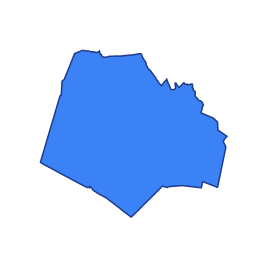 outline of Sabareni, Giurgiu, Romania, rotated 165°
{"feature_id": "2599482B37773759614218", "entity_name": "Sabareni", "entity_type": "district", "adm_level": 2, "iso_a3": "ROU", "parent_name": "Romania", "parent_adm1": "Giurgiu", "projection": "natural_earth1", "projection_center": [25.872, 44.513], "detail": "fine", "context": "isolated", "style": "filled", "palette": "blue", "viewbox_px": 256, "rotation_deg": 165, "n_neighbors": 0, "source": "geoboundaries", "source_scale": "gbopen_adm2", "svg_char_len": 5632}
<svg xmlns="http://www.w3.org/2000/svg" viewBox="0 0 256 256"><g transform="rotate(165 128 128)"><path d="M160.1,213.9L161.1,212.6L165.1,207.3L167.4,204.2L169.9,200.8L170.6,199.9L177.2,191.2L177.6,191.2L179.5,190.4L184.0,177.0L185.0,177.0L187.9,172.5L190.2,168.7L195.5,160.0L199.6,153.3L204.3,145.7L206.8,141.6L211.2,134.3L221.4,117.7L221.1,117.0L217.8,113.6L216.9,112.8L216.0,112.0L214.6,110.7L213.7,109.9L212.0,108.2L210.4,106.8L206.4,102.9L202.2,99.0L192.2,89.6L186.0,83.9L182.7,81.0L182.1,80.9L181.3,81.0L181.0,80.9L180.8,80.4L179.8,81.4L179.5,81.1L178.9,79.6L178.6,79.1L177.9,77.4L177.5,76.7L176.6,75.5L176.1,75.1L175.9,74.8L174.4,73.1L173.9,72.6L173.7,72.3L173.3,71.8L172.8,71.5L172.2,70.8L171.8,70.6L171.6,70.4L169.0,67.8L166.4,65.5L166.3,65.2L165.9,64.5L164.7,62.9L162.6,60.3L160.1,56.9L157.8,54.1L154.9,50.0L148.1,41.2L147.7,41.2L142.7,44.1L141.8,44.5L136.8,47.4L134.8,48.6L132.4,50.0L115.7,59.5L110.9,62.3L109.7,63.0L109.4,63.1L109.1,62.9L108.8,62.5L108.3,62.0L107.5,61.4L107.1,61.2L106.4,60.9L106.0,60.9L105.7,60.7L105.7,60.8L105.1,60.7L103.9,60.7L103.2,60.6L102.3,60.5L101.7,60.4L101.4,60.4L98.4,59.8L98.2,59.8L97.6,59.7L96.2,59.5L96.2,59.4L95.9,59.4L95.7,59.3L95.1,59.2L92.5,58.7L91.9,58.6L90.9,58.5L72.7,51.3L69.8,56.7L69.6,56.8L62.5,51.6L61.4,50.8L57.2,47.7L56.8,47.6L42.8,75.5L42.4,76.3L40.0,81.1L39.5,82.2L39.4,82.2L39.3,82.4L38.6,83.8L38.5,84.7L38.5,84.8L39.4,89.8L39.4,90.2L39.3,90.5L39.2,90.7L38.9,91.0L38.6,91.3L37.7,92.2L36.4,93.1L35.2,94.1L35.1,94.3L34.9,94.3L34.6,94.4L35.0,94.8L36.6,96.8L38.8,99.3L39.7,100.4L41.7,102.7L41.4,104.2L41.0,105.9L40.7,107.1L40.4,109.0L40.2,109.8L40.1,110.2L40.1,110.7L40.3,111.1L40.4,111.4L40.8,111.9L41.4,112.8L42.5,114.7L42.8,115.2L43.2,115.6L43.7,116.1L44.6,116.7L46.3,118.1L48.3,119.6L53.3,123.5L53.4,123.8L53.3,124.4L53.0,124.8L52.7,125.2L52.6,125.6L52.1,126.3L51.6,126.9L51.4,127.4L51.3,127.7L51.2,128.5L50.8,128.9L50.3,129.4L50.0,129.9L49.7,130.2L49.5,130.3L49.3,130.5L49.4,131.1L49.4,131.3L49.5,131.9L49.6,132.7L49.6,133.3L49.7,133.8L49.8,134.0L50.2,134.5L50.4,134.7L50.6,135.0L50.8,135.3L51.0,135.5L51.3,135.6L51.8,135.8L52.5,136.3L52.8,136.9L52.9,137.1L53.0,137.4L53.0,137.9L53.1,138.3L53.2,138.6L53.4,138.8L53.8,139.1L54.1,139.2L54.3,139.4L54.4,139.6L54.4,140.3L54.4,140.6L54.4,140.9L54.6,141.2L54.9,141.6L55.1,141.7L55.1,141.8L55.0,142.0L54.7,142.4L54.3,143.3L54.2,143.6L54.1,144.0L54.1,144.3L54.0,144.7L53.8,145.3L53.7,145.6L53.8,146.0L54.0,146.5L54.5,147.0L54.9,147.4L55.3,148.0L55.3,148.3L55.3,148.5L55.2,148.7L54.9,149.0L54.8,149.4L54.9,149.6L55.1,149.9L55.2,150.4L55.3,150.5L55.2,150.7L55.0,151.2L54.9,151.5L54.8,152.0L54.6,152.6L54.5,152.9L54.5,153.2L54.5,153.4L54.5,153.6L54.6,153.8L54.9,154.0L55.1,154.1L55.3,154.1L55.6,154.1L55.9,154.1L56.3,154.1L56.7,154.0L57.0,154.1L57.3,154.2L58.2,154.1L58.7,154.3L58.8,154.3L59.0,154.4L59.2,154.5L59.4,155.0L59.6,155.1L59.8,155.1L60.2,155.1L60.5,155.1L61.0,155.2L61.6,155.5L61.8,155.7L61.9,156.0L62.0,156.4L62.3,157.3L68.0,153.9L68.3,154.4L68.5,154.7L68.9,155.1L69.1,155.4L69.3,156.3L69.5,157.1L69.7,157.6L69.8,158.2L69.8,158.4L70.2,158.9L70.3,159.1L70.5,159.1L70.9,159.1L71.0,158.9L71.1,158.7L71.2,158.4L71.2,157.6L71.2,157.0L71.4,155.9L71.7,154.6L71.8,154.3L72.0,154.0L72.4,153.7L72.8,153.5L73.8,153.3L74.3,153.3L74.6,153.4L75.2,153.5L75.7,153.8L76.5,154.1L76.7,155.1L76.8,155.9L77.1,158.2L77.2,158.8L77.3,159.5L77.5,160.1L77.6,161.0L77.9,163.1L77.9,163.4L78.0,165.1L85.0,160.2L85.5,161.5L85.8,162.1L86.1,162.6L86.4,163.2L86.6,163.8L86.8,164.5L87.1,165.6L87.2,166.0L87.9,167.2L88.2,168.0L88.2,168.4L88.2,168.8L88.2,169.2L88.4,169.6L88.5,169.8L88.9,170.6L89.1,171.4L89.4,172.3L89.7,172.9L89.9,173.3L90.2,174.4L90.3,174.6L90.5,174.9L90.7,175.2L90.8,175.5L90.9,176.0L91.0,176.3L91.2,176.6L91.3,177.1L91.6,177.5L91.7,178.2L91.8,178.4L91.9,178.5L92.1,178.7L92.7,179.2L92.8,179.3L93.0,179.8L93.1,180.0L93.1,180.4L93.3,181.1L93.5,181.6L93.5,181.9L93.5,182.1L93.5,182.3L93.6,182.6L93.7,182.9L94.0,183.8L94.0,184.0L94.0,184.3L94.0,184.6L93.8,185.6L93.8,185.8L93.9,186.5L93.9,186.8L93.9,187.1L94.4,188.6L94.8,189.5L95.0,190.3L95.4,191.5L95.5,192.0L95.6,192.6L95.8,193.4L96.0,196.0L96.4,196.4L96.6,196.5L96.9,196.6L97.6,196.8L98.4,196.9L99.4,197.0L100.5,197.0L101.3,197.1L102.4,197.2L102.7,197.2L103.0,197.2L103.4,197.4L103.6,197.4L104.2,197.3L104.4,197.3L105.5,197.5L106.0,197.6L106.4,197.8L107.0,197.9L107.9,198.0L109.1,198.3L111.1,198.5L112.2,198.8L113.1,198.9L113.7,199.0L114.4,199.0L114.8,199.1L115.2,199.2L115.8,199.3L116.4,199.4L117.4,199.6L118.4,199.9L119.0,200.0L119.3,200.1L120.0,200.4L120.6,200.6L121.8,200.7L122.1,200.8L122.4,200.9L123.0,201.0L123.7,201.1L124.5,201.4L124.8,201.5L125.1,201.5L125.5,201.5L126.0,201.7L126.3,201.8L126.8,202.0L127.1,202.0L127.5,202.1L127.8,202.1L128.2,202.1L128.7,202.0L129.1,201.9L129.4,201.9L129.6,201.9L130.0,202.0L131.2,202.3L131.4,202.4L132.4,202.4L132.7,202.5L133.0,202.6L133.5,203.0L133.8,203.2L134.0,203.4L134.4,204.0L134.6,204.4L134.6,204.6L134.7,204.8L134.7,205.0L134.7,205.4L134.8,205.7L135.1,206.1L135.3,206.3L135.5,206.5L135.6,206.8L135.8,206.8L135.6,209.7L136.1,209.5L136.5,209.3L137.0,209.2L137.6,209.1L138.1,209.1L138.9,209.1L139.2,209.1L139.5,209.3L139.8,209.5L140.4,209.9L140.9,210.2L141.2,210.3L141.8,210.6L142.9,210.9L143.2,211.0L143.5,211.2L143.7,211.3L144.1,211.3L144.6,211.5L144.9,211.7L145.2,211.9L145.4,212.1L145.6,212.2L146.2,212.5L146.9,212.8L147.4,212.9L147.7,212.9L147.9,213.1L148.6,213.4L149.2,213.7L150.1,214.0L150.5,214.2L150.9,214.4L151.2,214.5L151.7,214.7L151.9,214.8L152.1,214.8L152.4,214.8L154.1,214.5L154.8,214.3L155.5,214.3L156.3,214.3L159.2,213.8L159.6,213.8L159.9,213.8L160.1,213.9Z" fill="#3b82f6" stroke="#1e3a8a" stroke-width="1.5"/></g></svg>